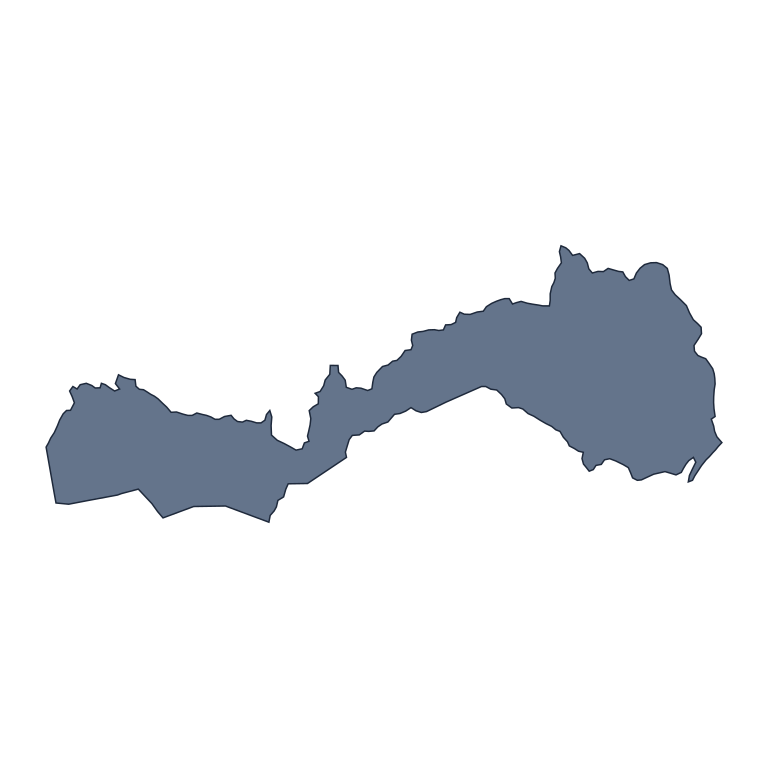 the district of Nilo Peçanha, Bahia, Brazil
{"feature_id": "56859067B55520695908200", "entity_name": "Nilo Peçanha", "entity_type": "district", "adm_level": 2, "iso_a3": "BRA", "parent_name": "Brazil", "parent_adm1": "Bahia", "projection": "robinson", "projection_center": [-39.172, -13.65], "detail": "fine", "context": "isolated", "style": "filled", "palette": "slate", "viewbox_px": 768, "rotation_deg": 0, "n_neighbors": 0, "source": "geoboundaries", "source_scale": "gbopen_adm2", "svg_char_len": 3830}
<svg xmlns="http://www.w3.org/2000/svg" viewBox="0 0 768 768"><path d="M561.0,245.8L559.4,251.6L560.6,256.8L561.4,262.8L557.5,268.4L555.0,273.0L555.3,278.3L553.9,282.6L551.8,286.6L550.2,293.8L550.2,300.4L549.4,305.9L542.8,305.9L538.6,305.1L532.7,304.2L527.2,303.2L521.1,301.4L516.5,302.6L512.5,304.0L509.2,298.6L504.8,298.6L500.7,299.7L496.3,301.3L491.6,303.4L486.4,306.7L483.3,311.2L477.2,312.0L470.2,314.4L464.3,314.2L459.9,312.2L456.7,317.6L455.6,322.4L451.1,324.6L445.6,324.9L443.4,329.9L438.8,330.5L434.4,329.7L428.7,329.9L423.1,331.4L417.8,332.0L412.1,334.2L411.4,340.2L412.7,345.5L411.0,349.7L405.1,350.5L401.1,356.4L396.9,360.4L392.6,361.2L388.1,365.0L382.5,366.5L376.8,372.4L373.9,377.0L372.8,382.3L371.9,388.8L367.7,390.5L361.0,388.2L356.2,387.8L352.0,389.3L346.3,387.3L345.2,380.2L342.1,376.0L338.6,372.4L338.0,365.5L330.3,365.4L329.8,374.3L325.2,380.0L323.7,385.7L320.1,391.5L315.1,393.3L318.4,396.7L318.3,403.8L313.2,406.8L309.2,410.6L310.8,418.6L310.1,424.8L308.6,431.6L307.5,436.1L309.0,441.3L304.4,442.9L302.2,448.8L296.0,450.1L290.8,447.1L284.3,443.6L277.3,440.3L271.5,435.1L271.1,425.6L271.8,417.0L269.8,410.5L266.5,414.5L264.9,420.2L261.0,422.9L256.7,422.9L251.4,421.3L246.3,420.3L242.4,422.1L237.5,421.5L234.0,418.9L231.1,415.3L224.5,416.5L219.2,419.3L215.0,419.3L211.0,417.0L206.6,415.4L202.5,414.5L196.8,413.0L192.2,415.4L187.8,415.4L182.9,414.1L176.5,412.0L171.1,412.3L166.7,407.1L162.6,403.3L158.0,398.8L154.4,396.2L150.7,394.3L147.2,392.0L143.5,389.7L139.4,389.3L135.9,386.2L135.1,379.6L130.3,379.3L124.0,377.5L118.5,374.8L115.4,383.6L119.6,389.0L114.6,391.0L108.9,387.3L105.4,384.7L101.4,383.3L100.1,387.8L95.2,388.0L91.8,385.5L86.3,383.3L80.2,384.7L77.1,389.0L72.9,386.5L69.6,391.0L72.2,396.7L74.4,402.8L70.5,410.3L66.5,410.5L63.2,413.8L59.7,420.0L57.5,425.6L54.3,432.6L50.7,438.1L48.4,443.1L46.1,447.1L54.3,493.7L56.0,503.0L68.7,504.2L87.5,500.6L117.6,495.0L121.4,493.6L138.3,489.1L151.9,503.6L157.7,511.7L163.0,517.9L193.7,506.5L225.5,506.0L229.7,507.6L268.9,522.2L270.2,515.4L274.1,511.0L276.4,506.9L277.9,500.4L283.6,496.9L285.8,489.2L288.2,483.8L307.5,483.5L346.5,457.4L345.4,452.1L347.2,446.1L349.2,439.6L352.3,435.4L359.3,434.9L364.6,431.1L368.7,431.4L374.1,430.9L377.8,426.9L382.0,424.0L387.9,422.0L394.5,414.3L400.0,413.5L405.7,411.1L411.0,407.6L416.0,410.8L421.3,412.5L426.5,411.6L446.1,402.1L481.5,386.5L485.8,386.5L490.8,389.2L496.7,390.0L501.5,394.5L504.8,398.8L506.3,404.0L511.8,408.0L518.6,407.6L522.8,409.0L528.1,413.6L533.8,416.2L540.1,420.2L546.0,423.6L551.7,426.4L555.8,429.8L560.0,431.4L563.4,437.3L567.5,441.8L569.3,445.9L574.3,448.5L578.5,451.2L583.3,452.3L582.0,458.6L583.5,464.1L586.4,467.6L589.2,471.2L593.3,469.6L596.0,465.4L601.3,464.4L604.5,459.8L609.7,458.7L615.6,460.9L623.2,464.6L628.3,467.6L630.6,472.8L632.6,477.9L637.3,480.3L641.4,479.9L646.1,477.7L653.7,474.2L659.8,472.8L665.0,471.6L670.1,473.1L676.0,474.9L681.3,472.4L683.5,468.3L685.9,464.3L688.8,460.6L693.4,457.4L695.8,462.2L692.4,469.1L689.4,475.5L688.3,481.9L692.5,480.3L694.8,475.8L697.9,471.1L701.5,465.6L706.1,459.8L709.4,456.6L712.6,452.9L715.5,449.9L718.3,446.4L721.9,442.6L716.9,436.8L714.6,431.3L713.7,426.1L711.3,419.1L715.1,416.5L714.0,408.7L713.6,402.5L713.7,396.8L714.2,389.8L715.1,384.0L714.8,378.3L714.2,373.7L712.7,368.7L708.8,363.0L705.7,358.7L701.7,357.2L697.9,355.5L694.5,351.2L694.0,345.5L698.2,339.2L701.5,333.7L701.1,327.2L697.5,323.5L693.3,319.7L689.5,312.9L686.4,305.6L680.4,299.6L675.1,294.7L671.5,289.9L670.1,283.6L669.1,275.1L667.3,268.4L662.7,264.6L656.5,262.6L650.6,262.8L644.5,264.6L640.1,268.2L636.4,273.0L633.9,278.9L629.2,280.4L625.4,276.6L622.8,271.9L618.6,271.4L614.0,270.1L608.1,268.4L603.4,271.6L598.0,271.4L592.3,273.0L588.8,268.8L587.3,262.9L584.7,258.3L579.6,253.6L572.6,255.4L569.0,250.5L565.8,247.8L561.0,245.8Z" fill="#64748b" stroke="#1e293b" stroke-width="1.5"/></svg>